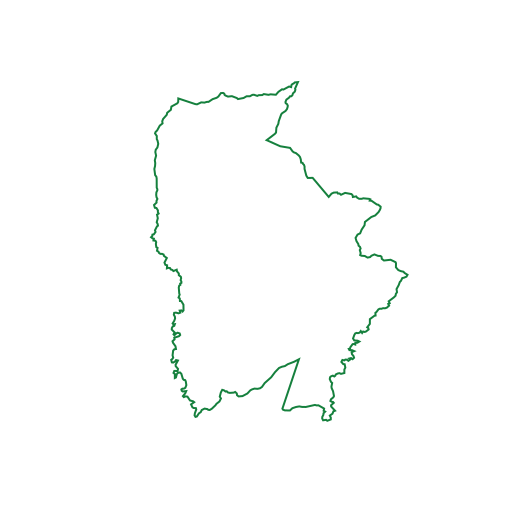 Paraúna, Goiás, Brazil, rotated 35°
{"feature_id": "56859067B65440720540054", "entity_name": "Paraúna", "entity_type": "district", "adm_level": 2, "iso_a3": "BRA", "parent_name": "Brazil", "parent_adm1": "Goiás", "projection": "natural_earth1", "projection_center": [-50.607, -17.053], "detail": "fine", "context": "isolated", "style": "outline", "palette": "green", "viewbox_px": 512, "rotation_deg": 35, "n_neighbors": 0, "source": "geoboundaries", "source_scale": "gbopen_adm2", "svg_char_len": 6143}
<svg xmlns="http://www.w3.org/2000/svg" viewBox="0 0 512 512"><g transform="rotate(35 256 256)"><path d="M405.2,352.1L407.4,350.0L408.9,350.1L411.0,347.0L410.0,345.5L408.0,344.4L409.1,341.3L408.5,338.9L409.5,337.4L403.9,336.2L403.1,335.2L403.9,331.7L402.8,331.4L401.7,332.0L400.1,332.1L399.6,330.4L400.4,327.4L400.2,326.0L396.7,322.6L393.7,320.8L392.7,319.7L391.2,316.3L389.6,316.1L387.0,314.5L386.2,312.8L386.5,311.5L387.6,309.9L389.2,309.8L389.6,308.6L389.3,307.3L390.4,305.3L391.6,304.1L393.2,303.8L395.5,301.2L393.5,298.3L393.2,296.2L390.7,293.8L389.5,294.5L386.7,293.8L386.4,291.6L388.2,290.9L388.6,289.6L389.9,288.8L391.8,288.9L392.6,286.5L391.3,286.4L392.4,285.1L394.3,285.1L394.7,283.1L393.2,282.0L391.0,281.4L389.5,280.0L391.0,277.6L388.5,278.1L386.5,279.5L385.3,278.9L386.1,277.9L385.6,276.6L385.7,272.8L386.6,272.0L388.1,271.6L387.2,270.2L388.8,268.9L389.7,266.8L387.8,267.1L384.9,268.8L382.8,267.9L381.8,264.1L381.7,262.5L382.5,261.3L383.8,260.7L384.9,259.3L384.9,257.4L387.1,258.2L387.1,256.4L388.6,255.9L389.4,254.8L390.4,251.6L389.3,250.6L388.0,250.6L388.2,246.3L385.5,242.4L387.3,237.0L388.1,236.2L386.4,234.1L386.8,232.7L386.9,229.5L387.6,228.2L389.0,227.3L390.0,225.9L391.7,224.8L392.8,223.3L393.5,220.3L391.8,219.4L392.6,218.0L390.7,217.0L392.7,210.7L393.1,208.5L392.3,206.8L392.3,204.8L390.1,202.5L389.6,198.0L388.7,194.7L389.0,193.4L388.5,190.1L389.6,189.0L391.1,186.6L390.9,184.5L387.5,184.7L385.8,184.3L383.1,185.4L380.6,185.9L377.1,185.0L374.8,181.6L373.8,181.0L368.4,181.9L363.4,186.3L360.7,186.2L359.2,184.6L357.9,184.6L355.9,185.9L352.1,186.8L350.4,189.6L350.1,191.4L348.3,193.3L345.1,193.6L342.2,195.3L340.8,195.5L340.1,193.6L337.6,191.6L337.4,189.9L336.0,188.9L334.1,188.7L332.9,187.5L329.8,186.2L327.2,184.1L326.9,180.2L328.3,177.7L327.4,173.7L327.3,168.6L325.7,165.6L328.1,157.9L330.4,154.4L331.2,149.7L331.0,147.0L330.6,145.4L329.8,144.1L326.7,143.9L325.4,144.5L319.0,144.5L317.4,145.4L317.1,144.0L315.9,144.3L310.8,147.2L309.8,148.5L307.6,150.0L305.4,150.2L303.9,149.7L301.5,152.1L300.4,150.9L298.7,150.5L292.8,153.2L290.5,157.1L288.6,156.9L287.2,157.9L286.1,157.3L283.3,159.5L282.1,161.6L281.7,165.9L257.6,159.5L253.6,162.4L251.1,161.3L245.8,156.8L244.4,154.8L243.0,153.8L241.7,153.6L240.7,153.0L239.4,153.6L237.3,151.2L235.3,149.7L233.4,149.1L229.7,148.8L227.5,149.4L225.9,149.3L221.9,147.9L212.9,152.2L198.3,155.0L201.4,145.2L201.6,143.4L199.1,139.2L198.5,135.0L197.3,132.5L195.4,125.5L195.5,124.1L197.0,120.3L197.1,117.9L196.5,116.0L195.9,114.7L194.4,113.8L192.7,113.8L191.8,113.0L191.2,110.5L192.2,107.5L192.3,105.6L193.3,104.9L193.6,103.5L193.0,101.6L193.5,99.1L192.9,97.2L192.0,96.5L190.6,89.5L188.2,91.6L187.9,93.1L187.2,94.2L187.0,95.6L187.9,97.5L185.9,98.2L183.0,103.9L181.7,104.5L180.2,108.7L179.8,112.5L175.2,115.2L173.8,116.8L169.5,118.9L168.8,120.6L166.0,122.7L165.2,124.1L161.8,125.1L160.6,126.1L159.4,128.6L156.7,130.5L155.2,133.7L151.2,137.8L149.7,137.6L144.6,138.9L141.6,141.5L138.8,142.1L137.8,142.0L136.9,141.2L135.5,141.3L133.8,142.7L133.7,147.0L133.0,149.0L130.5,152.4L128.7,157.0L127.3,158.0L125.8,159.9L123.0,161.6L120.7,165.6L119.1,166.4L102.0,171.5L103.9,174.4L104.0,176.0L101.0,182.1L102.4,185.1L101.1,189.6L101.9,191.5L101.3,197.0L101.9,199.4L103.4,201.0L102.4,204.4L103.0,209.9L102.6,212.0L103.0,213.5L105.9,214.6L107.7,217.2L109.1,217.9L111.6,220.2L113.0,223.7L112.9,226.4L113.9,228.6L116.6,231.1L118.2,235.6L120.2,237.7L121.7,240.2L122.8,243.0L127.0,247.6L128.9,248.2L130.2,249.5L135.5,257.0L136.9,257.9L137.5,258.8L137.9,261.0L139.2,263.2L140.8,264.9L142.5,265.8L142.9,268.0L143.9,269.3L143.2,272.7L145.5,274.5L146.9,273.8L149.5,274.9L150.4,276.3L151.9,277.1L151.2,278.9L153.9,281.4L155.3,285.3L157.1,286.2L158.3,287.4L157.9,288.6L158.5,292.9L159.9,293.9L159.9,296.8L158.9,297.9L159.6,299.2L159.3,300.8L161.1,300.9L162.4,300.4L163.1,302.1L164.9,301.2L166.3,301.9L167.0,303.5L169.2,305.9L170.7,305.8L171.9,308.5L173.7,308.4L174.7,309.1L176.4,309.1L177.9,308.1L179.5,307.8L180.5,308.7L184.1,308.8L184.8,313.9L186.8,315.2L188.5,314.6L190.1,317.2L190.9,316.0L192.5,315.2L193.9,315.9L195.5,315.4L197.0,315.7L198.9,312.7L200.1,313.9L202.8,314.6L203.8,316.0L206.3,316.1L207.4,317.1L208.1,319.0L209.5,319.7L210.3,320.8L209.7,322.1L210.6,323.0L210.1,324.3L210.8,326.1L214.6,330.7L215.6,331.4L216.4,334.5L217.9,334.5L219.5,336.5L220.7,335.8L224.5,337.5L227.8,342.1L227.7,343.6L226.2,343.3L224.8,344.5L226.5,345.8L225.4,347.4L222.9,348.3L221.6,349.5L222.4,351.3L224.3,352.2L225.5,353.5L226.2,355.9L226.4,359.1L227.6,359.4L228.6,358.4L229.1,360.1L228.2,361.4L228.4,363.3L229.2,364.6L233.2,365.3L233.4,367.5L234.6,367.7L235.1,365.1L235.8,363.8L237.9,363.2L239.2,364.2L238.9,365.9L235.9,369.8L237.1,371.0L236.5,373.7L237.8,374.7L241.8,376.1L243.8,378.1L242.6,379.2L242.4,381.0L244.6,385.2L246.5,386.8L246.5,388.4L246.1,389.7L248.1,391.4L249.3,390.8L250.2,388.8L250.2,387.1L252.0,386.4L252.5,391.2L253.4,392.3L256.9,393.2L257.7,395.2L255.0,397.0L255.5,399.1L257.2,399.2L259.5,402.5L260.1,401.4L258.9,398.2L258.9,396.8L260.5,395.0L262.4,395.3L266.4,398.5L267.8,398.9L269.2,398.3L270.4,399.0L273.0,401.7L273.7,404.5L273.0,406.0L271.8,406.9L271.4,408.1L272.5,409.0L273.7,409.0L276.3,406.7L276.8,409.0L276.5,412.7L277.8,413.0L278.8,411.4L280.5,410.5L284.8,412.2L287.8,411.1L289.2,411.2L287.9,414.8L290.7,416.4L292.1,416.3L294.0,415.1L295.1,416.0L296.1,419.8L297.1,421.8L298.7,422.5L299.6,421.4L299.5,417.6L300.3,415.6L299.9,413.3L301.4,410.5L304.0,409.3L305.1,409.4L306.4,408.7L307.4,406.5L308.4,401.6L308.4,399.8L309.5,396.1L309.0,392.8L307.0,392.0L305.5,388.0L305.1,385.0L306.8,384.4L308.8,384.5L309.6,383.6L311.2,383.9L313.0,383.2L316.2,380.6L316.9,379.3L319.1,379.6L320.3,380.9L322.3,381.0L325.3,378.5L327.8,373.6L328.4,369.3L329.3,367.5L330.8,365.5L333.5,363.9L335.2,362.0L336.0,359.8L336.0,355.1L338.0,346.6L338.2,340.2L339.1,334.5L340.7,331.9L342.8,329.6L344.1,326.4L347.8,320.9L350.4,316.0L365.2,365.9L366.3,366.4L368.2,365.9L372.4,363.1L373.1,359.8L375.4,356.7L377.7,354.4L380.3,353.2L383.4,351.1L389.7,344.2L391.4,343.6L392.8,342.5L399.3,341.9L400.2,344.0L401.9,343.8L401.5,346.1L402.3,347.5L402.6,349.8L403.4,351.1L405.2,352.1Z" fill="none" stroke="#15803d" stroke-width="2"/></g></svg>